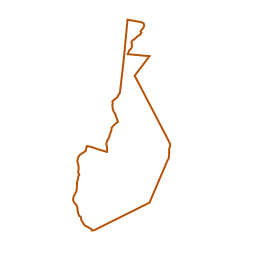 the district of Morrinhos, Ceará, Brazil, rotated 99°
{"feature_id": "56859067B53703950376304", "entity_name": "Morrinhos", "entity_type": "district", "adm_level": 2, "iso_a3": "BRA", "parent_name": "Brazil", "parent_adm1": "Ceará", "projection": "orthographic", "projection_center": [-40.117, -3.283], "detail": "fine", "context": "isolated", "style": "outline", "palette": "amber", "viewbox_px": 256, "rotation_deg": 99, "n_neighbors": 0, "source": "geoboundaries", "source_scale": "gbopen_adm2", "svg_char_len": 1631}
<svg xmlns="http://www.w3.org/2000/svg" viewBox="0 0 256 256"><g transform="rotate(99 128 128)"><path d="M198.4,95.1L153.7,83.9L152.1,83.1L150.1,83.1L148.1,83.2L146.5,83.5L144.9,83.6L142.9,84.1L139.8,83.7L137.2,83.9L128.6,90.0L124.8,92.9L101.3,110.3L93.2,116.3L75.3,129.6L60.5,121.6L53.7,118.0L55.1,139.8L52.7,139.2L50.5,138.7L49.2,137.4L47.7,136.9L45.5,137.0L43.0,138.1L40.8,137.3L39.3,135.6L37.3,134.0L35.6,132.6L34.3,130.9L32.2,129.6L30.7,130.8L29.3,130.0L27.2,128.8L24.8,128.0L22.5,128.7L21.4,131.1L21.1,145.4L29.4,144.9L38.4,144.3L42.8,144.1L55.8,143.2L60.6,143.0L65.1,142.7L94.6,141.5L96.9,142.7L99.0,143.2L100.6,144.5L102.4,146.2L104.0,147.6L106.1,146.9L108.2,147.0L109.9,146.5L112.2,145.8L114.3,144.5L115.6,143.2L123.4,138.9L124.8,140.0L126.3,141.6L128.4,143.0L130.2,144.2L132.2,144.0L134.0,144.3L136.0,144.6L137.7,145.1L139.4,145.0L141.1,145.6L143.9,146.6L146.3,146.9L148.1,146.7L149.5,145.9L151.5,145.5L153.1,145.1L154.9,145.0L153.6,154.9L152.6,160.4L152.2,165.7L155.0,166.2L157.1,166.1L158.9,167.9L160.9,170.2L162.6,171.8L164.8,172.5L166.7,172.8L168.9,172.9L171.5,171.5L174.1,170.8L176.2,170.3L178.9,170.4L180.4,169.9L181.7,168.8L183.4,169.4L185.7,169.5L187.8,169.6L189.9,169.9L192.5,169.5L195.3,169.2L198.0,169.0L200.1,169.5L201.7,170.1L203.4,170.7L206.2,171.2L208.2,170.7L210.1,169.4L211.4,167.8L213.3,166.1L215.2,165.3L217.7,164.8L219.6,164.1L221.1,163.2L222.6,162.3L223.1,160.8L224.8,160.1L226.4,159.6L227.7,158.4L229.2,157.1L230.7,155.9L231.7,153.6L232.1,151.9L233.0,150.2L233.4,148.5L234.9,147.6L234.4,145.6L221.3,127.3L220.0,125.4L204.4,103.6L198.4,95.1Z" fill="none" stroke="#b45309" stroke-width="2"/></g></svg>